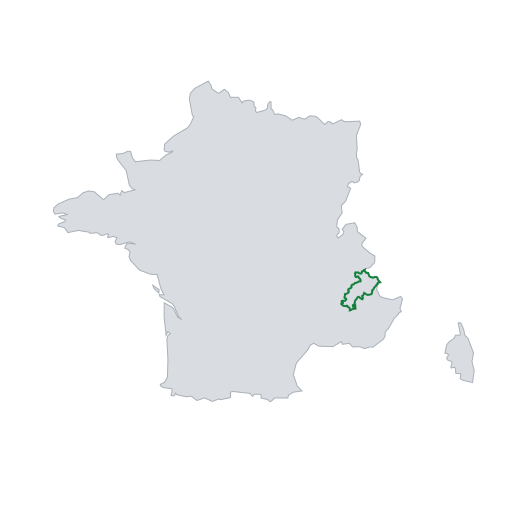 where Hautes-Alpes sits in France, rotated 344°
{"feature_id": "FRA-5304", "entity_name": "Hautes-Alpes", "entity_type": "Metropolitan department", "adm_level": 1, "iso_a3": "FRA", "parent_name": "France", "parent_adm1": "", "projection": "albers", "projection_center": [6.118, 44.657], "detail": "fine", "context": "in_parent", "style": "outline", "palette": "green", "viewbox_px": 512, "rotation_deg": 344, "n_neighbors": 0, "source": "natural_earth", "source_scale": "10m", "svg_char_len": 7018}
<svg xmlns="http://www.w3.org/2000/svg" viewBox="0 0 512 512"><g transform="rotate(344 256 256)"><path d="M381.0,206.7L377.9,208.4L376.1,211.9L374.2,212.8L370.6,212.8L368.9,210.7L364.7,212.1L363.0,214.3L365.6,217.0L357.2,228.1L351.8,231.1L350.7,238.3L344.3,243.7L341.9,249.4L341.7,250.5L343.3,252.4L342.6,256.1L339.3,258.5L339.4,260.9L340.3,261.2L345.3,259.3L347.2,257.1L346.2,254.1L351.2,250.4L360.1,251.3L361.2,256.2L360.1,260.3L366.6,269.2L361.1,273.4L360.7,276.1L366.6,285.0L370.3,288.7L368.4,294.8L362.3,298.7L358.3,298.4L356.6,299.4L356.8,301.3L359.6,306.8L366.4,310.2L367.4,314.3L365.6,315.8L362.5,322.1L363.9,325.2L363.4,326.5L364.1,328.6L365.9,330.7L375.4,335.9L383.9,334.7L385.0,337.7L379.9,346.0L380.3,349.6L377.6,349.8L377.2,351.0L371.9,353.8L363.4,362.2L359.4,364.6L357.8,368.8L355.5,371.1L343.1,375.9L340.8,374.8L334.7,374.9L331.0,371.9L323.8,370.0L321.5,365.6L314.8,364.7L314.4,361.8L305.0,364.3L291.8,360.1L287.3,355.8L283.4,356.8L279.9,360.5L265.3,370.0L259.2,380.2L259.8,392.4L263.0,398.4L254.2,397.2L248.9,398.7L247.4,401.2L235.0,397.7L230.3,399.9L229.0,399.7L227.5,397.1L221.6,393.9L222.6,391.9L221.9,390.1L216.2,388.4L214.1,390.0L212.2,386.3L196.5,379.9L193.9,379.8L192.5,385.1L182.2,384.3L180.8,383.2L174.0,383.8L167.4,378.2L159.4,378.6L155.1,372.9L150.4,372.2L144.1,368.9L141.2,367.2L141.0,365.6L138.8,367.8L136.4,367.1L135.9,366.3L137.8,363.5L138.4,360.2L130.5,356.9L128.5,354.3L128.6,353.0L133.1,352.3L137.5,348.0L142.8,331.3L147.4,311.5L149.7,307.9L152.3,307.0L150.5,304.1L147.7,307.5L150.9,289.2L154.9,275.7L161.1,281.9L162.4,284.5L163.7,292.9L167.2,296.7L165.0,293.1L163.5,282.0L162.3,278.7L152.5,268.6L152.4,266.5L156.9,268.0L155.6,261.0L155.8,246.5L149.6,244.5L140.1,237.4L134.2,225.8L133.8,221.6L136.1,217.4L134.8,214.5L132.0,212.3L134.7,208.8L136.7,208.6L143.7,211.5L138.2,207.4L128.5,207.6L124.9,206.0L124.5,203.3L127.4,200.3L124.4,197.8L119.0,197.7L118.4,196.8L120.3,194.6L119.0,193.6L114.5,194.0L112.0,192.9L110.0,189.9L102.9,188.5L101.5,186.8L92.1,182.4L81.7,181.7L79.6,175.9L73.7,172.5L75.1,170.9L81.6,170.2L83.0,168.8L78.7,166.0L77.4,163.6L85.8,164.1L82.3,161.3L74.3,160.4L73.6,157.0L75.1,153.9L80.2,151.5L92.2,149.8L100.6,150.7L107.0,147.6L113.0,147.3L118.4,149.8L125.0,160.0L131.5,156.5L140.6,157.6L142.2,160.1L145.0,156.1L146.8,158.7L157.9,159.0L155.5,157.1L153.8,152.9L154.8,138.1L150.2,126.9L149.2,122.9L149.8,119.6L156.3,120.8L161.8,119.9L164.3,121.1L164.3,128.1L166.2,132.2L181.1,134.7L189.7,137.6L197.3,134.2L204.2,133.0L204.8,132.1L200.9,132.2L197.4,130.3L197.0,128.4L199.3,123.1L210.1,117.9L225.6,113.9L229.7,110.8L234.5,104.9L233.6,103.3L235.2,86.8L237.7,81.6L243.6,77.9L258.3,74.7L259.8,80.0L259.6,83.0L263.3,87.8L265.1,89.3L271.6,87.0L274.5,91.5L275.2,96.4L282.8,98.6L284.9,105.1L286.3,103.7L291.2,104.1L293.4,104.7L296.5,107.6L295.4,111.4L296.8,113.3L295.4,116.7L296.3,118.2L305.2,118.4L307.9,116.9L309.2,113.4L311.9,111.4L312.9,112.0L311.1,118.6L312.3,120.3L312.9,125.0L316.2,125.4L322.8,129.2L328.3,135.5L335.2,134.5L340.6,138.0L346.2,136.1L351.5,138.0L353.3,139.8L358.3,148.5L362.1,146.7L364.8,147.7L365.7,150.2L375.8,148.6L377.7,151.0L379.8,151.9L392.8,154.9L393.0,158.2L385.8,167.7L382.7,181.0L380.6,185.6L379.9,189.1L380.5,191.4L380.2,195.0L378.7,203.7L379.7,206.2L381.0,206.7ZM435.4,384.0L434.9,389.5L437.0,393.4L438.4,409.1L434.5,416.9L434.2,426.1L429.3,437.3L421.0,432.7L418.4,430.1L420.5,425.8L415.7,423.7L416.7,419.6L416.2,417.6L412.8,417.5L412.6,416.4L415.0,413.2L414.9,411.3L411.6,408.9L411.0,406.8L413.9,404.3L412.5,402.1L410.8,401.6L414.6,394.3L417.4,392.0L423.6,389.8L426.1,387.1L430.3,388.3L430.9,387.6L431.9,376.2L433.3,376.0L434.6,377.5L435.4,384.0ZM153.6,261.6L152.4,264.8L148.9,258.8L148.7,255.7L153.6,261.6Z" fill="#d9dde1" stroke="#a8b0b8" stroke-width="1"/><path d="M367.6,314.5L367.9,315.0L368.1,315.5L367.6,315.5L366.6,315.3L366.1,315.3L365.5,315.6L365.1,316.2L365.0,316.6L364.5,316.5L364.1,316.7L363.3,317.6L361.1,318.8L359.0,320.9L358.2,321.0L358.0,322.0L357.9,322.4L357.3,323.2L356.8,324.3L356.4,324.5L353.7,324.4L352.5,324.1L351.6,323.4L349.8,321.3L348.7,322.8L347.9,323.4L346.9,323.8L347.2,324.6L347.2,325.5L347.0,326.3L346.3,326.9L345.8,326.7L344.9,325.3L344.4,325.0L344.2,324.7L343.7,323.9L343.6,323.6L343.4,323.6L343.2,323.6L342.9,323.6L342.7,323.6L342.0,323.8L340.9,325.0L340.5,325.3L339.5,325.8L339.1,326.1L338.8,326.5L338.3,327.7L338.1,328.0L337.8,328.3L337.6,328.7L337.4,329.1L337.5,329.4L337.7,329.6L337.9,329.8L337.8,330.4L337.7,331.2L336.4,330.2L335.6,330.0L335.3,330.9L335.4,331.4L336.1,331.9L337.1,333.3L337.3,333.8L337.1,334.1L336.5,334.1L335.4,333.5L334.8,333.4L332.1,334.2L331.4,334.1L331.5,334.0L331.6,332.5L331.6,331.5L331.4,331.3L331.2,331.1L330.8,330.9L330.6,330.7L330.3,330.3L330.1,330.1L329.9,329.9L329.9,329.6L330.1,329.3L330.1,329.1L330.0,328.9L329.8,328.8L329.6,328.8L328.4,328.9L328.1,328.8L327.7,328.5L327.4,328.4L326.9,328.3L326.7,328.3L326.6,328.2L325.6,327.3L325.5,327.2L325.4,327.0L325.4,326.6L325.3,326.4L325.2,326.2L324.8,325.7L324.7,325.5L324.8,325.3L325.1,325.2L325.3,325.2L326.0,325.4L326.3,325.4L326.5,325.4L326.6,325.2L326.7,324.8L326.6,324.7L326.3,324.4L326.1,324.3L325.9,324.1L325.8,323.8L325.8,323.5L325.8,323.3L325.8,323.1L326.0,322.9L326.3,322.8L326.5,322.9L327.4,323.0L329.0,323.6L329.5,323.5L330.7,322.7L330.9,322.4L330.9,322.0L330.8,321.8L330.6,321.5L329.9,321.1L329.7,320.8L329.6,320.7L329.6,320.4L329.6,320.2L329.8,319.8L330.6,318.6L330.8,318.1L330.8,317.8L330.8,317.5L330.9,317.2L331.3,317.1L331.6,317.1L331.9,317.1L332.2,317.2L332.7,317.3L333.0,317.2L333.3,317.1L333.7,316.9L334.5,316.8L334.7,316.6L335.2,316.2L335.4,315.9L335.5,315.7L335.5,315.4L335.5,315.2L335.2,315.0L335.0,314.6L335.7,313.5L335.9,313.2L336.3,313.1L336.5,313.1L337.3,313.1L337.9,313.0L338.9,312.7L339.1,312.5L339.3,312.2L339.3,311.9L339.2,311.6L339.2,311.3L339.3,311.1L339.9,310.5L340.4,310.2L340.6,310.1L340.9,310.1L341.1,310.1L341.6,310.3L341.8,310.3L342.1,310.2L343.5,309.3L343.7,309.2L344.0,309.2L344.5,309.4L345.5,309.2L346.2,309.3L346.5,309.3L347.4,308.9L347.6,308.8L347.9,308.8L348.1,308.9L349.1,309.2L349.3,309.2L349.5,309.2L349.7,308.8L349.8,308.3L349.8,307.2L349.8,306.9L349.7,306.6L349.4,306.2L349.1,305.9L348.9,305.6L348.8,305.3L348.8,304.5L348.8,304.2L348.6,303.9L348.4,303.7L348.1,303.6L346.9,303.9L346.6,303.8L346.3,303.8L346.1,303.6L345.9,303.2L345.9,302.6L346.2,301.3L346.3,300.7L346.4,300.2L346.4,299.9L347.1,299.2L347.5,299.6L347.8,299.7L348.2,299.7L348.8,299.7L349.5,299.8L349.8,300.0L350.0,300.3L350.2,300.8L350.3,301.0L352.2,301.9L352.5,301.8L352.7,301.7L353.1,301.2L353.3,300.9L353.4,300.6L353.4,300.3L353.5,300.1L353.8,300.0L354.5,300.0L354.8,299.9L355.8,299.3L356.6,299.2L356.3,299.6L356.0,300.0L356.4,300.7L356.9,301.1L356.9,301.3L356.9,301.6L356.9,302.0L357.3,302.5L357.5,302.7L358.5,302.8L359.2,303.3L359.3,304.4L359.3,306.5L359.8,307.3L360.6,308.0L362.5,309.1L363.0,309.2L364.3,308.9L364.7,308.9L366.1,309.5L366.6,310.0L366.7,310.4L366.7,310.5L366.7,310.8L366.5,311.4L366.5,311.5L366.8,312.3L367.0,313.2L367.1,313.5L367.6,314.5Z" fill="none" stroke="#15803d" stroke-width="2"/></g></svg>